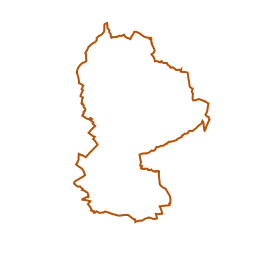 Miercurea Sibiului, Sibiu, Romania (Albers equal-area conic projection), rotated 205°
{"feature_id": "2599482B78726176605362", "entity_name": "Miercurea Sibiului", "entity_type": "district", "adm_level": 2, "iso_a3": "ROU", "parent_name": "Romania", "parent_adm1": "Sibiu", "projection": "albers", "projection_center": [23.786, 45.868], "detail": "fine", "context": "isolated", "style": "outline", "palette": "amber", "viewbox_px": 256, "rotation_deg": 205, "n_neighbors": 0, "source": "geoboundaries", "source_scale": "gbopen_adm2", "svg_char_len": 5784}
<svg xmlns="http://www.w3.org/2000/svg" viewBox="0 0 256 256"><g transform="rotate(205 128 128)"><path d="M183.3,205.8L185.2,206.7L185.8,207.4L185.9,208.3L186.0,208.5L187.0,209.2L188.6,209.6L189.0,210.4L189.7,211.2L189.8,211.8L190.3,212.8L191.4,214.3L193.0,212.2L193.0,211.7L192.9,211.0L191.7,208.7L191.4,207.8L190.8,206.6L190.5,205.4L190.5,204.6L191.4,201.6L192.0,200.5L193.0,199.7L193.0,199.1L193.4,198.9L194.4,196.3L194.3,195.8L193.5,194.6L193.6,193.4L194.3,191.6L195.3,190.5L196.8,188.0L197.2,186.2L197.7,185.7L198.0,184.6L198.0,180.7L198.5,177.9L198.3,177.6L197.1,177.1L196.2,174.7L195.6,173.9L194.2,171.5L194.0,171.0L194.5,170.3L195.2,169.3L195.4,168.9L195.9,168.6L196.9,167.5L198.0,164.9L198.7,161.3L198.3,158.2L198.1,157.4L197.6,157.0L197.8,156.3L195.8,154.6L194.8,153.4L192.6,150.3L192.0,149.2L191.4,147.9L189.0,148.0L186.4,147.5L186.5,146.0L186.4,143.4L184.7,143.1L184.8,139.9L184.7,137.2L184.6,136.8L181.8,136.6L181.5,134.8L181.7,134.7L181.6,134.2L180.7,131.2L180.4,131.4L179.7,130.1L178.7,130.6L178.0,130.1L177.6,129.5L177.5,128.8L177.1,128.4L176.9,128.1L176.2,127.8L175.7,127.9L174.3,126.6L174.3,125.4L174.9,124.7L175.1,123.9L174.8,123.4L174.4,123.1L174.6,122.6L174.3,122.2L174.3,121.9L174.7,121.0L174.4,120.5L174.5,119.7L172.8,119.7L172.1,119.4L171.5,119.5L170.9,119.2L168.4,119.2L167.3,119.5L166.1,121.4L164.4,120.8L165.3,119.1L161.8,118.5L162.1,117.4L162.0,117.1L158.5,116.0L159.9,112.8L160.6,110.7L161.6,106.9L156.1,105.8L154.5,106.0L154.7,105.4L154.7,104.6L154.6,104.3L154.7,103.6L154.9,103.3L153.0,102.6L149.1,100.5L148.5,99.9L152.4,88.9L153.9,83.7L157.3,84.0L159.0,83.7L161.7,83.8L160.4,80.3L160.1,80.1L159.6,79.1L159.3,76.0L159.5,75.5L159.3,75.1L159.7,73.0L155.6,72.1L152.8,71.8L151.5,71.1L149.8,69.9L148.5,68.8L148.4,68.4L147.0,67.3L147.9,65.4L149.4,63.2L152.2,59.1L153.3,57.8L153.7,55.8L153.4,54.8L152.4,54.7L151.6,54.3L148.9,53.6L146.9,54.7L145.8,54.2L143.1,53.6L143.4,52.4L139.9,52.8L139.6,52.4L137.6,52.3L137.5,52.1L136.2,51.3L135.9,50.6L135.0,49.6L134.9,49.4L135.2,49.1L134.8,48.7L136.6,47.6L137.4,46.3L138.3,45.4L139.2,44.3L139.3,44.0L139.2,43.7L136.6,44.6L131.2,45.8L131.1,45.4L131.6,44.3L132.2,42.1L128.9,40.4L126.8,38.9L126.6,38.7L126.8,38.4L126.6,38.1L126.6,37.6L125.9,37.5L123.6,38.2L123.4,36.9L123.2,36.7L122.0,37.4L121.2,39.2L119.2,39.0L117.5,39.2L115.5,40.6L114.6,40.9L113.7,42.4L113.0,42.8L107.1,43.4L105.7,43.4L103.6,44.0L102.3,44.0L99.7,44.6L98.2,45.2L94.5,47.7L91.1,49.2L84.0,47.6L83.6,48.1L82.9,48.1L82.6,47.8L81.6,45.9L80.9,46.9L79.2,48.4L78.1,49.1L76.4,49.7L73.8,53.4L71.4,55.3L71.4,55.7L67.1,56.3L66.2,56.3L65.6,56.6L63.5,58.3L66.4,62.0L64.4,62.6L60.7,64.8L63.1,67.6L65.1,69.6L65.7,69.9L66.2,70.4L61.4,73.4L58.9,74.8L57.7,75.6L58.7,77.0L57.8,77.6L57.8,77.9L58.6,79.0L58.7,79.8L59.7,81.8L61.1,83.8L68.2,88.8L72.0,89.0L74.1,89.7L75.8,90.8L76.4,92.2L79.7,97.6L80.9,100.1L81.6,101.9L82.3,101.7L82.4,101.3L82.7,101.6L83.2,101.4L83.6,101.5L83.8,101.3L83.9,100.9L84.8,100.5L84.9,100.4L84.6,100.1L84.9,99.8L85.3,99.8L85.6,100.0L86.2,99.6L87.1,99.6L89.1,99.8L89.3,100.0L89.6,99.5L90.3,99.0L91.0,99.1L91.8,98.8L91.9,98.5L92.2,98.5L92.4,98.5L92.5,98.9L92.9,99.1L93.7,99.2L94.4,98.7L95.5,98.3L95.7,97.8L96.1,97.8L96.7,97.3L97.6,97.4L98.4,96.8L99.1,96.9L99.3,97.2L99.2,98.3L99.2,99.3L100.2,98.9L101.1,99.1L101.9,103.0L102.4,103.2L103.5,104.6L104.9,106.9L106.3,108.7L105.1,110.0L104.0,111.0L102.4,112.0L101.1,112.3L100.3,113.2L100.0,113.3L99.4,114.0L98.8,114.3L98.1,115.4L98.0,116.0L97.5,116.6L97.4,117.1L97.2,117.4L96.8,117.7L95.6,117.9L94.7,118.7L94.5,119.5L94.1,120.2L94.3,121.4L94.2,122.1L94.3,122.7L93.4,123.1L91.7,124.3L90.9,125.4L89.8,126.3L88.6,126.8L88.4,127.2L87.7,128.0L87.2,129.1L87.2,129.5L86.1,130.1L85.9,130.7L86.0,131.2L85.6,131.4L85.6,132.0L85.3,132.5L84.6,133.1L83.0,133.9L82.8,134.2L81.1,135.4L79.2,137.3L79.0,137.9L78.6,138.3L78.5,139.2L78.0,139.8L77.6,140.0L76.6,141.2L76.4,141.8L76.2,142.1L75.6,142.5L75.9,143.0L75.4,143.8L75.7,144.4L74.9,145.3L74.2,146.8L73.8,147.1L72.6,147.5L72.4,147.8L71.5,148.7L71.4,149.4L71.6,149.9L71.4,151.3L68.5,152.4L68.1,152.8L67.4,154.5L66.4,156.2L65.8,157.5L65.7,158.2L64.7,160.8L63.6,162.3L63.3,163.7L63.6,165.2L63.5,165.9L61.9,164.7L61.0,163.4L60.0,161.5L57.7,158.0L57.4,157.9L57.3,160.0L57.3,160.3L57.6,160.4L57.7,160.9L57.6,162.2L57.7,164.4L57.7,168.2L57.6,170.1L58.2,170.3L58.8,170.7L59.3,171.5L59.5,172.1L61.6,171.9L63.0,172.5L63.5,172.9L63.2,175.0L63.2,176.3L63.7,178.2L64.6,180.8L65.4,184.2L70.1,184.8L70.2,184.4L71.8,184.6L76.2,184.1L78.5,181.7L80.6,180.6L81.5,181.4L82.0,182.1L82.6,183.5L82.7,184.2L83.5,185.7L83.5,186.2L83.8,186.7L85.2,187.6L85.5,188.0L85.9,188.9L85.7,190.7L86.2,191.0L87.8,191.1L89.1,191.3L89.5,191.5L97.3,203.2L98.0,203.3L99.4,203.0L102.7,201.7L104.0,201.4L104.6,203.6L104.9,202.8L105.6,202.2L106.8,202.3L108.2,201.2L109.3,201.0L112.4,201.9L112.8,201.7L113.5,201.7L113.8,201.2L114.7,201.2L115.1,200.7L116.4,201.7L119.1,202.1L119.6,202.9L120.4,203.4L122.3,202.3L123.9,201.9L124.4,202.0L125.9,202.8L126.4,201.2L127.3,201.1L127.6,200.8L128.8,201.0L129.6,200.9L131.2,200.3L131.8,199.9L133.7,202.4L134.1,202.4L135.3,203.5L137.9,204.6L137.4,205.7L136.6,206.9L136.4,209.1L137.1,210.1L139.3,212.0L139.8,212.7L140.4,212.9L141.8,214.0L142.0,214.4L142.0,215.1L142.6,215.2L143.3,215.8L143.9,217.1L143.9,217.7L144.6,218.4L144.9,219.3L145.6,219.3L145.6,218.0L145.9,217.7L146.9,218.4L148.3,218.3L150.4,217.7L152.6,217.6L154.4,217.9L156.4,218.5L158.7,218.7L160.9,218.6L162.8,218.0L163.0,217.5L162.9,215.5L163.2,214.6L163.3,212.9L163.6,211.8L163.4,209.6L165.6,209.5L166.7,209.3L168.7,209.5L170.0,210.1L170.8,210.9L171.6,210.4L171.9,209.5L172.2,209.1L173.5,208.4L174.7,208.1L175.7,206.9L176.0,206.1L176.4,205.9L177.1,205.9L177.6,205.3L179.5,204.2L180.1,204.0L181.1,202.7L181.4,202.9L181.8,203.6L182.6,204.3L183.0,204.9L183.3,205.8Z" fill="none" stroke="#b45309" stroke-width="2"/></g></svg>